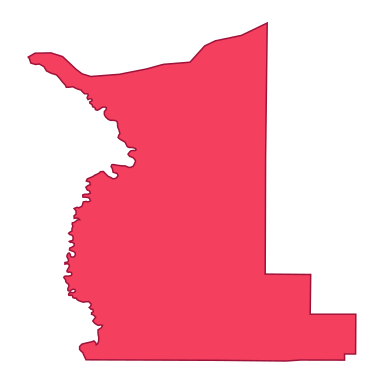 outline of Gilliam, Oregon, United States of America
{"feature_id": "52423323B16142622218163", "entity_name": "Gilliam", "entity_type": "district", "adm_level": 2, "iso_a3": "USA", "parent_name": "United States of America", "parent_adm1": "Oregon", "projection": "robinson", "projection_center": [-120.461, 45.439], "detail": "fine", "context": "isolated", "style": "filled", "palette": "rose", "viewbox_px": 384, "rotation_deg": 0, "n_neighbors": 0, "source": "geoboundaries", "source_scale": "gbopen_adm2", "svg_char_len": 3516}
<svg xmlns="http://www.w3.org/2000/svg" viewBox="0 0 384 384"><path d="M86.0,359.8L219.4,360.3L285.9,361.0L300.6,360.0L344.6,360.1L344.5,354.0L355.6,354.0L355.8,314.2L310.2,314.2L310.7,274.5L265.2,274.1L265.6,156.5L267.2,23.0L266.6,23.3L241.4,35.4L215.4,40.8L204.7,45.9L190.0,62.2L163.9,64.3L161.6,64.8L146.8,68.9L119.4,74.3L90.8,76.5L82.2,73.9L76.3,69.5L62.6,56.6L51.0,52.9L35.0,53.2L28.2,57.1L29.4,58.6L29.8,59.9L30.9,63.1L35.7,64.5L39.3,64.0L43.9,66.6L46.5,70.9L51.0,73.2L56.5,74.9L59.7,78.4L62.4,81.9L65.4,85.2L66.3,87.3L69.5,87.2L72.6,86.7L77.0,88.8L81.3,90.2L82.0,91.3L82.5,91.8L83.6,93.0L84.7,93.8L86.6,93.8L87.8,93.9L88.3,95.2L87.7,96.1L87.2,97.4L87.4,98.6L88.1,99.6L89.0,99.0L91.2,98.8L92.0,99.6L92.2,100.6L90.8,101.4L89.7,101.9L90.0,103.4L90.9,103.7L92.2,104.9L92.7,106.8L94.4,107.3L95.3,108.3L95.4,109.6L97.2,110.3L99.2,109.4L102.5,107.2L104.7,107.0L106.3,107.6L106.4,108.2L106.0,109.8L104.4,111.4L104.3,114.4L105.6,116.9L108.0,119.2L110.3,120.3L113.2,120.3L115.7,120.7L117.1,121.6L117.5,123.5L117.7,127.1L118.9,129.7L119.9,133.7L118.7,135.3L118.1,137.6L120.1,139.3L122.1,140.5L123.9,141.4L125.2,142.4L126.1,144.2L127.0,146.2L128.2,147.2L129.5,147.5L132.3,147.5L135.2,148.3L136.2,149.5L135.0,150.6L133.4,150.4L130.8,150.9L129.6,152.0L128.0,154.2L129.6,156.3L130.7,156.7L133.0,157.6L134.9,159.5L135.5,161.4L134.8,163.0L134.1,164.5L133.8,165.4L132.9,166.4L130.9,167.2L130.1,167.5L128.1,167.2L125.2,165.9L121.5,165.8L117.0,165.2L113.4,164.5L111.9,164.7L111.1,166.6L112.3,168.5L113.1,172.2L117.3,173.6L118.1,175.8L115.9,178.3L112.9,178.8L111.0,177.6L107.9,176.2L104.9,173.1L103.4,171.5L100.4,171.7L99.3,173.0L96.7,174.4L95.1,175.0L92.8,176.6L87.3,178.9L86.3,181.0L87.6,181.5L89.6,182.0L90.4,184.7L88.3,185.3L85.9,187.2L87.2,190.0L89.5,190.9L90.4,193.2L87.9,194.2L84.4,194.3L82.7,195.0L82.9,197.1L84.0,197.1L88.3,197.5L89.6,198.7L90.5,200.6L89.6,201.4L87.4,201.9L86.2,201.4L83.3,201.9L82.7,204.0L82.0,206.2L78.9,207.8L77.0,207.3L74.1,208.5L76.0,210.8L76.1,214.2L74.0,215.8L74.2,218.4L75.4,218.1L78.0,218.2L79.6,219.7L77.0,220.1L75.6,221.5L74.0,222.5L72.3,222.8L72.2,224.6L73.0,225.9L72.0,228.5L71.9,231.1L69.8,232.2L68.6,233.3L69.8,234.6L71.7,235.0L73.1,236.7L73.0,238.9L73.0,240.1L71.5,240.8L70.2,241.0L69.3,241.4L70.4,242.4L71.8,242.1L74.2,243.5L74.1,245.8L71.5,247.4L69.8,248.0L69.4,249.9L70.9,250.7L73.4,251.4L75.1,252.7L75.4,254.6L74.6,256.3L73.3,257.1L71.3,257.0L70.5,255.9L70.3,254.5L69.3,253.0L68.3,253.2L67.1,255.0L66.9,256.7L68.1,259.0L68.6,260.4L67.8,262.0L66.6,262.2L64.9,262.5L64.9,264.1L67.4,263.7L69.0,264.5L69.3,266.7L68.2,268.4L67.0,270.7L67.0,271.7L68.6,272.3L70.0,272.0L71.5,272.7L71.9,274.2L71.2,275.4L69.1,276.1L65.6,276.1L64.4,276.4L63.8,277.6L64.7,278.5L65.6,280.1L65.8,281.7L67.0,283.2L68.3,284.0L68.9,285.3L68.8,286.5L67.9,288.4L67.8,290.1L68.6,290.9L70.1,291.1L70.8,290.3L73.0,289.2L74.8,289.5L75.5,291.0L74.5,292.3L72.5,292.7L71.2,292.3L69.3,292.9L68.6,294.1L68.8,295.2L70.0,295.5L70.7,295.2L72.0,295.2L72.5,296.1L73.0,297.7L74.8,298.2L75.9,298.0L76.7,298.6L76.9,299.5L78.7,300.6L81.4,301.6L83.3,302.2L85.4,301.8L88.7,301.6L91.3,304.2L90.5,306.5L89.2,307.4L91.1,309.3L92.7,309.3L93.4,311.8L91.6,312.7L91.5,314.3L93.4,314.9L95.7,317.2L94.4,318.8L92.8,321.0L94.7,323.3L96.4,324.4L98.3,325.4L100.5,324.9L102.5,325.4L101.4,327.7L98.0,329.9L98.1,334.2L98.8,337.8L98.5,341.6L97.6,343.8L96.2,344.8L95.8,342.8L93.9,340.9L91.3,341.9L87.2,342.8L83.8,343.6L81.8,344.2L79.6,346.6L79.6,349.4L81.1,351.2L82.8,352.6L82.9,353.0L86.0,359.8Z" fill="#f43f5e" stroke="#9f1239" stroke-width="1.5"/></svg>